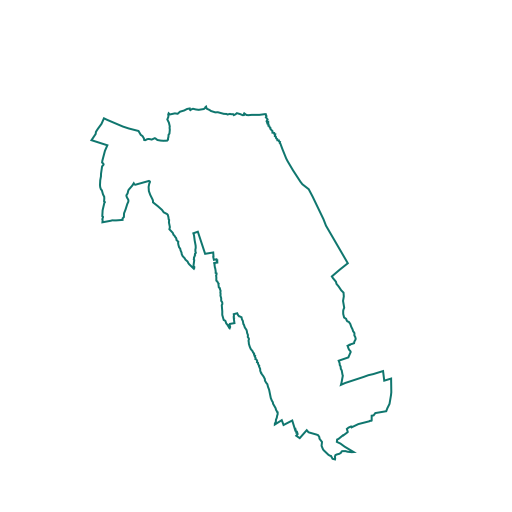 outline of Chiautempan, Tlaxcala, Mexico, rotated 223°
{"feature_id": "50627088B45531222113542", "entity_name": "Chiautempan", "entity_type": "district", "adm_level": 2, "iso_a3": "MEX", "parent_name": "Mexico", "parent_adm1": "Tlaxcala", "projection": "natural_earth1", "projection_center": [-98.139, 19.289], "detail": "fine", "context": "isolated", "style": "outline", "palette": "teal", "viewbox_px": 512, "rotation_deg": 223, "n_neighbors": 0, "source": "geoboundaries", "source_scale": "gbopen_adm2", "svg_char_len": 6093}
<svg xmlns="http://www.w3.org/2000/svg" viewBox="0 0 512 512"><g transform="rotate(223 256 256)"><path d="M108.8,155.5L108.8,156.1L106.1,154.4L105.9,155.2L104.1,154.2L104.0,152.0L99.8,152.6L100.1,163.2L97.5,162.9L96.9,163.1L89.9,166.7L88.3,167.3L86.1,166.7L85.0,165.7L80.9,165.0L78.6,161.9L75.4,160.4L74.2,160.1L67.3,160.0L65.4,160.5L64.8,160.9L61.7,159.9L59.5,161.1L60.1,162.0L61.5,163.1L62.1,164.6L61.6,165.9L60.2,168.1L59.7,169.8L60.0,171.4L59.9,172.0L57.4,174.4L55.7,175.2L52.2,177.8L50.9,179.2L61.2,177.0L66.3,176.4L70.1,175.2L71.5,177.1L70.9,178.5L70.1,184.2L69.8,184.2L68.9,189.2L68.9,189.9L71.6,191.5L71.3,193.6L70.2,196.2L69.8,196.4L69.2,196.0L66.5,202.9L60.4,212.4L60.4,212.9L59.2,214.3L59.4,214.8L62.5,218.1L61.3,219.6L61.6,222.5L54.9,231.3L56.1,234.2L57.5,238.9L62.3,246.2L64.1,248.6L73.6,258.5L77.2,252.3L84.6,258.5L89.7,249.6L92.5,245.5L94.9,240.8L104.1,224.1L106.0,219.7L106.9,221.4L110.9,227.7L111.7,228.1L115.3,230.8L117.0,231.3L118.8,232.9L120.4,233.4L121.7,234.6L124.1,235.8L119.3,244.8L121.3,250.4L122.2,250.8L123.8,250.9L125.2,251.4L127.8,252.8L126.8,254.7L127.1,254.9L124.8,259.1L125.7,260.5L126.2,262.6L126.6,263.4L128.1,264.4L129.9,265.0L131.3,266.6L132.1,267.0L133.5,267.1L135.4,268.2L138.1,269.2L140.7,270.6L143.1,271.1L144.7,270.5L145.7,270.7L147.2,271.5L149.6,271.1L152.7,273.1L154.8,275.3L155.5,276.5L156.2,278.3L161.7,282.5L164.2,286.3L167.0,288.9L170.2,289.0L174.9,290.1L178.1,290.5L180.0,291.7L184.7,292.3L186.6,292.8L185.4,303.3L183.9,313.3L225.5,325.9L231.7,328.9L255.0,338.0L263.0,340.8L271.0,340.1L274.1,340.6L287.4,343.9L297.6,346.9L300.4,347.9L309.4,352.1L314.8,354.8L315.6,354.8L316.2,355.8L317.3,355.5L318.1,356.1L319.3,355.2L320.2,356.0L321.5,355.8L322.9,356.8L323.9,356.5L324.9,358.1L325.5,357.6L326.6,358.4L328.1,357.4L329.2,358.6L331.9,358.7L332.8,359.5L333.5,359.3L334.6,360.0L335.8,359.7L336.5,360.8L337.7,360.6L337.8,361.7L338.5,362.4L339.1,361.3L340.2,361.8L340.7,363.8L343.4,364.2L343.5,365.1L344.2,365.7L344.6,365.6L345.5,366.4L346.1,366.0L349.8,361.5L355.3,356.4L357.7,353.7L359.2,352.6L361.9,352.3L361.8,351.9L361.0,351.6L360.9,350.9L361.8,349.9L364.3,349.0L367.4,347.4L367.6,345.7L368.3,343.9L369.4,344.1L370.8,342.8L372.0,342.1L373.4,340.0L374.4,339.8L376.5,338.0L382.0,335.1L383.7,333.3L387.9,331.3L389.6,331.1L392.3,330.2L392.7,330.2L394.4,331.2L394.5,330.4L394.2,329.6L394.4,327.9L397.6,323.8L400.0,322.1L402.5,320.7L403.3,319.1L403.5,317.9L403.9,317.9L405.1,318.7L406.7,316.5L407.8,313.4L410.0,309.7L410.3,306.6L412.6,305.0L415.5,300.8L417.2,300.8L416.7,299.6L416.1,299.2L415.0,298.0L414.0,295.4L410.6,294.1L407.5,292.0L406.6,290.8L405.1,289.5L402.8,286.5L402.6,285.0L401.2,283.3L400.6,282.1L399.7,281.1L399.7,279.7L402.2,277.2L404.4,275.4L407.2,273.6L409.7,273.4L410.4,273.1L411.7,270.0L413.5,269.0L414.6,268.1L415.3,267.1L415.9,265.3L416.8,264.6L418.3,265.6L420.8,266.3L422.9,266.0L427.2,267.3L436.0,262.5L441.6,259.9L457.6,254.1L461.1,253.0L459.1,247.2L458.4,241.3L458.0,239.0L457.7,237.6L456.5,235.9L455.3,228.5L440.2,235.6L438.2,229.9L433.3,220.8L432.3,219.4L430.7,219.4L430.0,219.1L429.7,218.4L429.7,216.6L425.4,210.4L423.7,208.5L421.6,205.2L418.5,201.5L416.9,200.1L414.9,199.0L413.5,198.9L409.9,196.7L407.4,195.8L406.1,194.5L404.4,192.4L403.7,192.5L403.2,192.2L403.2,191.5L399.4,184.9L395.6,180.3L394.6,180.3L394.2,179.8L393.9,178.9L393.4,178.0L392.7,177.7L391.3,175.9L386.2,182.8L385.5,184.0L382.8,186.4L378.2,191.4L379.2,192.5L379.2,194.4L381.6,197.2L383.1,201.0L385.6,206.2L386.4,208.6L387.1,209.5L387.9,210.1L390.3,210.8L391.8,211.6L392.2,212.1L392.6,214.2L393.9,216.5L394.3,217.6L394.5,223.0L395.0,225.8L393.7,225.4L392.8,225.9L385.5,237.9L384.4,238.1L384.1,237.9L383.3,235.9L381.6,233.2L378.6,230.4L375.1,228.6L370.0,226.7L369.0,226.1L367.9,225.0L361.6,225.5L356.1,225.6L353.3,225.0L349.8,226.0L348.7,226.0L346.7,224.8L344.9,223.3L344.1,223.1L342.5,221.1L338.7,218.4L337.6,216.5L333.1,216.2L332.2,216.0L331.0,215.3L329.2,215.2L328.0,214.8L326.8,214.7L325.7,214.1L325.2,213.5L322.5,213.4L321.9,212.4L320.3,211.2L318.1,209.9L316.5,209.7L315.1,208.7L312.8,207.7L311.6,206.7L309.6,205.9L306.6,205.7L305.1,205.2L302.3,205.3L300.5,204.6L299.2,204.4L292.7,204.3L292.8,204.8L293.6,205.9L294.5,206.0L295.2,206.4L298.4,210.9L299.2,211.1L300.0,212.4L300.4,212.7L300.6,213.8L301.1,214.6L301.2,215.2L301.7,215.4L302.2,216.2L302.1,217.1L302.4,217.5L303.3,217.9L304.7,219.3L305.6,220.8L307.2,222.4L311.4,225.5L315.5,228.9L317.3,229.9L315.1,234.1L294.7,222.9L289.7,229.4L287.1,227.0L286.9,226.8L287.0,226.6L286.7,226.2L284.2,224.5L282.7,226.6L281.6,225.8L281.3,226.3L279.8,224.8L281.8,222.4L281.4,222.0L280.6,221.7L280.3,221.2L278.0,219.4L277.6,219.3L275.0,217.3L274.0,216.1L273.0,216.4L272.1,215.3L271.8,214.4L270.6,213.5L268.4,211.1L268.0,210.9L266.8,211.0L265.9,210.5L264.4,210.3L264.1,209.6L261.8,207.7L260.4,207.8L260.0,207.3L258.2,206.4L257.0,204.8L256.1,204.2L255.0,202.8L252.7,201.4L250.9,199.5L249.4,199.2L248.5,198.6L247.8,197.8L247.5,196.7L242.9,192.5L240.5,189.9L236.0,187.2L234.6,187.6L234.0,187.6L231.8,186.4L229.8,186.2L229.0,185.8L228.3,185.9L226.9,185.2L226.0,185.2L226.5,186.5L228.7,187.8L228.8,188.5L226.0,192.2L229.4,195.0L229.6,195.6L230.1,195.6L231.0,196.5L231.1,197.0L232.6,198.3L230.7,201.3L229.0,200.6L228.0,200.4L227.1,200.4L226.8,200.7L224.8,201.3L223.1,200.1L221.3,199.5L218.8,197.6L218.2,197.6L215.4,196.1L212.7,195.5L211.3,194.7L210.1,193.7L208.0,192.7L206.8,191.2L205.1,190.8L204.5,190.4L203.6,188.8L202.7,188.2L201.3,186.9L198.7,185.4L196.4,184.4L193.4,184.0L192.3,183.4L190.9,183.4L190.1,182.4L188.6,182.4L188.4,181.6L187.0,181.3L186.1,180.2L185.6,180.5L184.8,180.5L183.5,180.0L182.9,179.0L181.6,179.2L180.9,178.5L179.6,178.0L178.9,178.0L178.6,177.4L175.9,176.2L174.7,175.0L173.4,174.3L172.6,174.2L172.4,173.8L168.2,173.0L165.5,172.0L164.9,171.3L164.0,170.8L161.9,170.2L160.3,170.0L158.0,168.5L155.3,167.2L148.3,162.2L145.7,161.0L143.9,160.5L142.8,159.6L137.7,158.0L136.6,157.2L135.2,156.8L134.2,156.3L133.6,156.5L132.3,155.1L131.5,153.4L130.5,151.9L129.7,149.8L128.5,148.4L127.9,146.3L127.3,145.6L125.2,153.5L120.6,151.2L117.3,160.4L108.8,155.5Z" fill="none" stroke="#0f766e" stroke-width="2"/></g></svg>